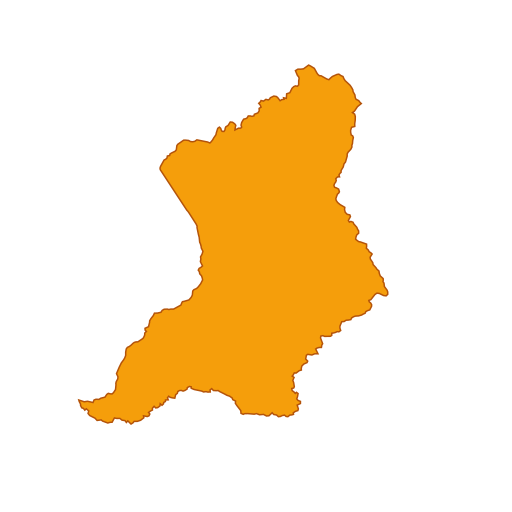 Araguapaz, Goiás, Brazil, rotated 284°
{"feature_id": "56859067B52575065331829", "entity_name": "Araguapaz", "entity_type": "district", "adm_level": 2, "iso_a3": "BRA", "parent_name": "Brazil", "parent_adm1": "Goiás", "projection": "natural_earth1", "projection_center": [-50.464, -15.136], "detail": "fine", "context": "isolated", "style": "filled", "palette": "amber", "viewbox_px": 512, "rotation_deg": 284, "n_neighbors": 0, "source": "geoboundaries", "source_scale": "gbopen_adm2", "svg_char_len": 6098}
<svg xmlns="http://www.w3.org/2000/svg" viewBox="0 0 512 512"><g transform="rotate(284 256 256)"><path d="M316.6,142.2L283.7,177.8L282.8,179.2L281.2,181.0L272.7,190.0L270.8,191.6L269.3,191.9L263.0,194.9L260.5,196.3L255.8,198.0L254.1,199.3L252.1,200.4L250.5,201.0L247.7,203.4L244.6,203.2L241.7,202.4L239.8,203.2L237.1,203.4L233.4,206.5L232.0,205.6L230.2,203.8L228.3,203.4L227.1,204.8L225.1,205.7L223.6,207.9L221.6,209.2L219.8,210.0L215.6,209.0L211.6,207.2L210.0,206.1L208.3,203.9L206.7,203.1L202.6,203.7L200.1,203.1L197.1,201.5L194.6,197.2L193.9,195.7L192.5,195.3L190.2,195.0L184.5,188.8L183.9,186.2L183.0,184.4L183.0,182.7L182.1,179.7L180.5,178.1L178.4,177.4L176.7,174.0L176.0,171.3L173.4,170.8L169.8,169.2L167.4,168.5L165.8,168.8L161.4,168.8L159.0,165.8L157.2,166.4L156.3,167.9L154.3,166.7L152.4,167.1L150.8,166.9L148.7,166.3L144.1,162.1L143.6,160.3L142.7,158.8L141.4,157.7L139.3,156.4L137.6,155.0L136.2,153.3L134.4,152.6L131.2,152.8L128.0,153.6L125.4,153.3L123.3,152.7L119.7,151.2L115.1,150.2L108.1,149.1L105.4,151.3L103.3,151.6L100.3,150.8L98.6,150.8L97.1,151.3L92.4,152.0L89.0,150.8L87.4,149.8L87.0,148.1L87.0,145.9L85.6,144.7L82.5,143.6L80.4,139.7L78.9,138.4L78.3,135.4L77.1,133.7L74.4,133.3L74.3,127.7L73.0,124.6L73.4,118.9L72.0,119.7L70.0,121.5L68.4,122.0L66.5,123.7L66.4,125.4L65.0,127.2L66.7,128.3L65.2,131.2L62.6,131.1L61.0,133.2L59.7,139.0L58.0,141.6L59.5,145.4L58.7,147.1L58.1,152.6L59.3,154.6L59.9,156.6L64.6,157.8L64.7,160.2L65.5,163.2L64.3,165.7L64.6,168.7L63.1,170.5L65.0,171.5L62.7,175.4L64.5,177.1L66.1,177.8L66.8,180.8L68.7,183.8L71.9,186.3L73.7,185.5L73.9,189.3L75.0,190.8L77.0,191.2L78.2,189.6L80.0,191.1L81.5,192.8L83.2,192.3L85.5,193.5L84.3,195.4L85.1,197.3L87.3,199.1L89.5,198.8L88.4,200.9L90.1,202.0L91.6,201.9L92.9,203.3L94.4,203.0L95.2,205.6L97.0,204.4L98.8,205.2L98.1,206.9L98.1,209.0L98.4,211.6L102.0,211.6L103.7,212.9L105.6,212.9L107.0,214.4L107.5,216.0L107.3,217.9L108.3,219.5L110.2,221.3L111.7,221.2L113.3,222.9L113.4,224.8L112.0,225.1L111.5,228.3L111.8,236.0L111.4,238.0L112.3,240.3L112.3,242.1L113.0,244.5L114.9,243.8L116.6,245.1L115.2,247.2L115.7,250.0L116.3,251.9L115.7,253.4L114.5,258.9L113.8,261.5L113.6,264.3L112.4,267.3L111.0,268.2L110.3,271.3L108.1,271.6L106.2,273.7L102.3,278.6L99.7,279.5L99.3,281.9L100.3,283.2L101.1,286.2L102.1,292.5L103.2,294.7L102.8,297.8L104.1,301.6L103.3,304.9L104.1,307.2L107.8,309.6L106.5,311.5L106.7,314.4L105.5,316.6L106.2,318.5L107.5,320.0L108.5,322.2L107.6,324.0L107.8,325.8L109.8,327.3L110.5,329.2L111.4,330.7L112.8,330.1L114.8,331.8L116.1,334.0L117.9,334.1L121.3,332.0L123.6,334.8L125.7,334.3L126.0,331.8L127.2,330.1L129.7,330.3L132.7,330.1L133.5,328.2L132.2,327.4L133.3,325.7L134.1,323.7L136.1,322.7L137.0,324.5L138.4,324.8L142.2,323.2L144.3,321.8L147.4,322.3L148.2,320.2L149.6,320.9L151.8,321.4L152.1,323.2L155.2,325.7L156.3,327.6L158.0,327.1L160.4,327.1L162.8,328.6L164.9,331.3L166.5,331.6L168.1,329.1L171.9,328.9L173.1,330.0L173.5,334.2L175.3,336.6L176.1,339.8L180.2,336.4L181.6,337.7L182.5,339.4L183.1,341.6L185.6,341.4L187.0,341.9L192.1,338.4L194.0,338.3L194.9,340.2L194.6,342.0L196.1,347.6L197.2,348.7L199.4,348.2L200.1,349.9L201.1,351.7L202.2,352.9L202.5,354.8L204.2,356.2L206.4,354.8L208.3,354.4L213.0,355.1L213.7,357.3L215.5,359.0L216.2,361.2L217.2,363.4L219.1,363.8L220.7,365.4L221.7,366.9L222.7,370.0L224.3,372.8L225.7,374.2L226.8,375.7L228.6,376.0L230.0,377.5L231.2,379.4L235.1,380.3L236.7,380.0L238.1,378.7L238.9,377.0L240.2,376.2L241.4,378.0L247.4,380.7L249.2,382.3L249.5,384.7L248.5,389.4L248.8,391.9L250.7,393.1L253.0,392.5L254.6,391.4L257.4,388.0L260.7,386.7L261.8,385.4L263.5,385.3L264.9,384.8L266.7,381.4L268.9,379.9L271.2,378.9L272.5,376.4L273.7,375.2L276.0,371.7L277.8,370.9L280.7,367.7L282.4,367.0L286.0,368.2L286.9,366.7L287.5,364.8L289.0,363.5L290.2,361.2L292.2,361.0L294.3,360.4L294.9,354.0L294.8,352.2L295.6,350.2L296.4,348.6L298.6,348.4L301.0,348.7L302.9,350.1L305.2,349.5L306.5,348.1L308.2,346.9L310.8,343.1L312.2,342.0L312.5,339.7L311.5,338.4L312.8,337.0L317.1,338.1L318.6,337.1L318.5,334.4L320.0,332.0L322.4,330.7L324.7,330.4L326.3,325.0L327.7,322.2L329.3,320.4L330.9,319.6L333.6,319.8L335.8,320.1L337.0,321.0L338.5,321.4L340.9,320.0L341.5,317.7L341.7,315.6L343.4,314.5L345.3,314.7L346.9,315.4L348.7,315.6L350.3,314.7L352.5,316.0L353.0,317.9L354.7,316.9L356.4,317.4L357.7,318.3L359.6,317.9L363.5,319.1L366.7,319.1L368.8,320.1L375.0,320.3L377.1,319.8L378.9,320.2L382.5,322.2L384.9,322.7L386.7,322.2L388.5,322.4L391.5,321.9L394.5,321.8L395.9,320.8L396.5,319.1L399.0,317.9L401.0,317.4L404.0,317.6L405.6,320.5L408.1,319.8L411.9,319.4L415.4,318.6L417.5,317.4L418.5,314.9L420.4,316.5L425.4,318.3L429.4,321.3L430.2,319.8L431.6,318.1L432.3,315.1L433.7,314.0L436.2,313.0L439.0,310.4L440.6,309.8L442.4,308.2L444.4,306.0L447.7,300.1L449.3,298.4L451.2,297.0L451.6,294.8L452.5,292.4L451.8,290.7L448.7,286.7L446.5,285.1L444.7,284.1L444.9,281.8L446.6,275.6L446.3,273.8L447.1,272.2L448.2,270.9L452.2,267.2L453.5,263.1L454.0,260.9L449.1,256.8L448.1,254.2L447.4,251.4L445.4,249.4L441.2,252.5L440.0,254.2L438.6,254.9L436.5,255.0L432.3,256.0L430.7,255.1L430.6,253.1L429.5,251.7L427.5,250.4L422.6,249.3L420.8,246.5L416.3,247.3L416.2,244.5L414.8,245.3L414.0,243.2L412.5,241.8L415.0,238.7L415.7,237.2L415.5,234.6L413.0,231.6L411.5,231.2L410.4,230.1L410.4,227.7L408.1,225.8L408.1,223.3L406.4,222.8L404.8,221.7L403.5,223.6L401.6,224.9L400.0,223.3L397.6,224.0L395.3,223.2L393.1,220.1L391.5,220.1L390.5,218.3L390.5,216.4L390.0,214.6L387.9,214.0L386.8,212.9L385.8,210.9L382.1,209.8L379.4,209.8L377.6,210.9L376.3,210.2L375.8,208.1L373.2,205.1L375.8,204.8L377.9,204.8L379.1,203.4L380.1,200.9L379.8,198.6L375.9,197.3L374.1,195.5L372.6,195.2L370.9,195.4L369.1,194.8L368.7,193.0L369.8,191.8L371.3,190.9L372.2,189.3L370.6,188.0L365.8,187.7L364.0,187.8L360.3,186.4L358.1,185.8L355.9,184.8L354.5,183.9L354.9,181.5L354.4,170.5L352.5,168.9L351.5,166.9L351.2,164.7L351.8,162.7L351.4,159.7L350.9,157.8L345.4,153.0L343.9,152.5L339.7,153.0L338.0,152.1L335.5,149.1L334.3,147.9L332.6,147.9L331.6,145.8L329.5,145.9L328.1,145.0L326.9,143.6L319.9,141.7L318.1,141.6L316.6,142.2Z" fill="#f59e0b" stroke="#b45309" stroke-width="1.5"/></g></svg>